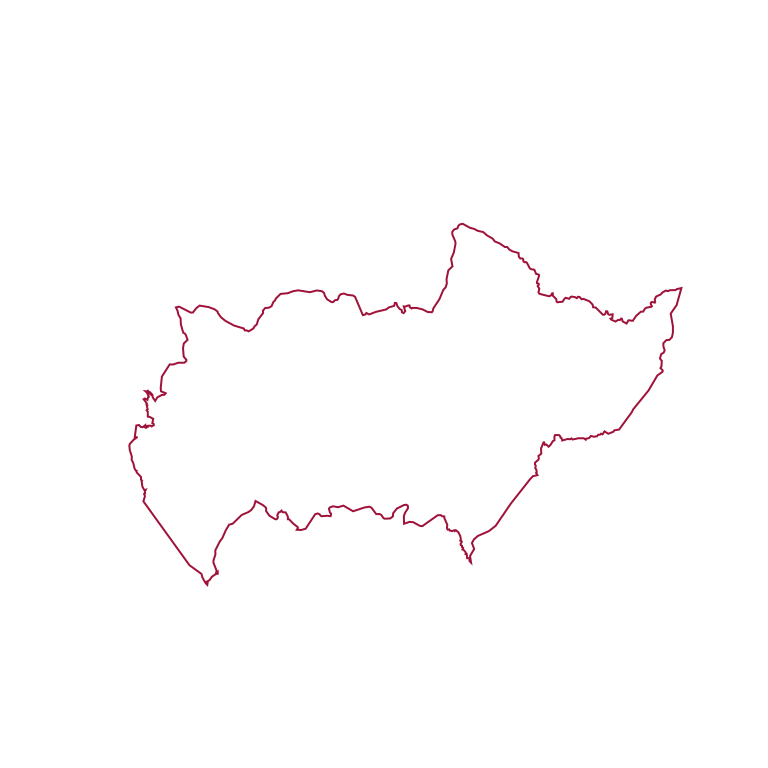 outline of Lubero, Nord-Kivu, Democratic Republic of the Congo, rotated 131°
{"feature_id": "63176286B45916106821058", "entity_name": "Lubero", "entity_type": "district", "adm_level": 2, "iso_a3": "COD", "parent_name": "Democratic Republic of the Congo", "parent_adm1": "Nord-Kivu", "projection": "orthographic", "projection_center": [28.988, -0.062], "detail": "fine", "context": "isolated", "style": "outline", "palette": "rose", "viewbox_px": 768, "rotation_deg": 131, "n_neighbors": 0, "source": "geoboundaries", "source_scale": "gbopen_adm2", "svg_char_len": 6154}
<svg xmlns="http://www.w3.org/2000/svg" viewBox="0 0 768 768"><g transform="rotate(131 384 384)"><path d="M211.5,429.8L213.8,431.4L215.7,431.7L218.3,430.7L221.5,432.5L224.3,432.3L226.3,430.6L229.7,423.6L231.3,422.0L239.1,417.5L245.6,415.4L250.3,409.5L256.0,410.0L263.7,405.7L267.1,402.4L270.6,400.9L274.0,401.0L283.7,397.8L294.5,396.4L297.2,395.0L298.5,395.0L301.0,398.3L302.4,403.9L305.2,409.3L308.0,412.5L308.8,412.7L309.2,414.9L308.0,416.2L308.7,417.2L311.3,418.5L312.5,420.0L315.0,415.8L317.6,415.7L318.1,417.4L316.6,419.1L317.1,421.4L316.5,424.8L314.8,427.8L315.7,429.0L318.3,427.6L323.1,430.6L326.2,431.2L335.0,437.5L341.2,440.8L342.0,443.9L343.7,443.7L345.9,445.1L337.2,463.0L337.5,465.4L340.8,470.2L342.0,473.6L344.8,475.6L347.4,475.6L349.8,474.4L351.1,474.4L352.8,475.9L355.7,476.2L356.6,477.4L357.4,482.4L356.3,486.3L354.6,489.1L354.7,491.7L357.4,496.0L363.4,500.2L369.5,510.1L373.6,513.5L378.5,516.1L383.9,521.2L390.5,521.7L392.1,521.1L394.8,521.3L399.1,519.9L402.0,521.0L404.6,523.5L408.1,523.5L409.8,521.8L417.6,521.3L422.6,519.1L425.4,519.5L428.0,519.0L433.1,520.7L433.6,522.7L434.9,524.3L434.1,526.3L438.2,535.3L440.4,545.0L440.6,550.8L439.4,555.9L438.5,557.3L438.8,561.0L441.0,566.8L445.8,574.6L449.8,575.4L455.3,575.1L456.9,576.7L460.0,589.3L462.7,591.3L464.1,588.0L466.7,584.4L467.9,580.6L472.2,576.5L477.0,569.2L476.6,567.2L477.1,565.5L479.6,561.2L484.7,561.7L488.7,559.3L494.7,553.2L495.4,549.0L496.5,548.2L499.0,548.7L502.9,553.2L507.6,555.9L509.8,558.6L524.1,556.5L533.5,549.9L535.8,547.5L534.2,542.7L536.2,542.7L538.1,544.5L542.7,546.3L546.9,545.6L545.9,549.5L544.1,551.7L543.7,555.3L544.0,555.8L545.0,553.9L545.1,555.7L545.9,555.9L545.3,556.9L544.3,556.2L543.9,557.7L545.0,558.0L546.0,559.3L546.0,557.4L547.9,553.1L548.8,553.4L551.2,552.1L551.8,554.9L553.2,555.4L554.2,550.3L555.1,550.1L555.3,548.7L556.0,548.8L558.2,545.7L559.5,546.0L559.9,544.1L563.6,540.8L562.6,539.4L561.7,535.3L565.5,533.2L565.1,531.9L566.1,530.7L568.5,531.6L568.5,532.8L571.2,535.5L571.6,535.6L571.6,534.3L573.3,534.9L573.5,536.3L572.1,537.2L574.8,537.7L576.0,539.5L575.7,542.0L577.8,543.7L588.3,536.8L585.6,535.3L590.6,536.4L595.9,536.5L597.3,536.0L600.7,532.5L604.2,526.7L606.7,524.8L608.3,521.1L611.5,516.7L612.0,515.1L611.8,512.7L612.2,514.1L613.0,512.4L613.6,506.4L615.6,504.7L615.7,503.2L616.4,503.1L620.0,499.0L621.4,494.9L620.3,494.4L622.3,493.8L623.4,492.5L624.3,492.9L625.5,490.8L630.4,488.6L648.4,411.9L647.1,397.1L649.2,394.0L651.3,388.0L651.5,385.6L648.8,387.3L650.1,388.3L646.6,387.0L642.4,387.4L640.2,386.9L637.2,386.0L636.3,385.0L634.8,386.4L637.1,386.7L634.8,387.7L630.7,395.6L628.7,397.1L623.4,399.3L620.2,402.2L610.6,404.6L606.5,404.9L597.9,407.5L591.8,408.6L588.6,406.5L576.2,405.5L569.8,402.4L566.3,401.5L561.6,401.9L556.6,404.2L554.9,396.3L554.7,392.4L555.3,391.2L557.2,389.7L558.6,384.1L557.4,377.3L556.4,376.3L555.1,376.3L553.9,376.9L553.3,378.3L550.0,379.3L548.9,378.5L546.8,378.3L547.3,376.5L545.4,373.9L547.2,369.5L549.1,367.8L548.4,367.0L548.9,360.9L548.6,355.2L549.2,354.5L551.2,354.2L548.5,350.7L544.6,348.2L527.4,350.5L525.2,349.1L524.6,347.2L525.0,345.3L524.6,344.2L520.8,340.5L518.8,337.6L516.7,338.7L516.3,340.7L514.2,343.8L512.4,343.8L509.7,342.2L507.2,337.9L502.4,334.8L500.3,323.8L490.1,317.8L486.1,314.4L485.6,312.2L487.3,304.5L485.0,302.0L484.6,300.0L485.6,296.4L485.2,295.1L481.4,291.1L478.1,290.4L475.6,292.3L469.6,292.6L462.2,289.5L460.5,288.0L460.2,286.3L461.9,284.4L467.0,283.7L470.6,282.4L476.3,277.2L471.2,274.2L469.1,271.2L467.5,263.7L466.1,261.8L447.8,257.4L445.7,255.0L445.7,253.5L444.4,251.6L445.6,250.5L448.7,243.9L451.3,242.1L452.2,240.5L451.0,239.4L451.5,238.4L450.5,236.2L448.4,235.1L448.6,234.1L447.2,233.9L447.1,230.5L448.9,226.4L450.9,224.0L452.2,223.6L451.7,222.5L452.1,221.7L454.6,221.2L455.2,220.4L454.9,219.0L455.9,218.2L455.7,216.8L457.4,216.2L457.0,214.5L457.5,211.8L458.8,210.9L458.0,210.1L460.9,207.0L459.4,205.1L461.5,203.3L461.7,201.1L457.4,206.2L449.4,207.7L446.3,213.3L442.4,214.2L437.1,213.5L426.2,208.3L417.7,206.7L391.1,209.8L360.2,211.3L355.9,211.1L352.1,208.4L351.3,210.9L350.3,210.9L348.6,213.1L348.3,214.6L346.2,215.8L345.5,217.5L344.3,218.4L339.9,217.8L338.6,218.3L337.0,220.2L333.4,219.6L329.6,223.2L323.4,225.3L323.0,224.8L324.4,222.8L323.2,221.8L323.3,218.6L320.3,218.4L316.3,219.1L314.7,218.4L311.7,221.0L310.3,221.4L307.7,218.4L307.9,216.5L308.7,215.5L308.4,214.4L309.7,212.4L305.1,209.4L303.5,207.2L302.1,206.8L302.1,205.2L297.2,201.5L293.9,197.6L293.7,195.2L292.7,195.6L290.4,193.8L287.4,193.7L286.1,191.0L283.8,189.0L281.8,189.0L280.5,187.7L279.1,187.6L278.6,186.0L275.1,186.5L274.4,182.1L269.6,179.6L267.9,179.8L264.1,176.7L242.7,178.5L239.8,179.3L215.4,180.1L198.2,183.3L192.1,181.8L190.9,182.5L190.6,185.8L188.8,186.1L184.3,189.5L183.7,192.5L179.5,194.4L176.9,193.5L174.4,194.3L172.6,197.4L170.1,199.9L165.6,199.7L163.5,197.6L159.8,197.4L155.9,199.5L150.9,203.8L142.8,213.8L132.5,214.9L116.5,222.5L120.2,225.2L122.0,225.7L125.6,229.7L127.6,230.6L128.6,232.6L132.2,233.9L134.8,233.9L139.5,236.0L142.5,235.2L144.2,233.1L145.0,233.0L146.1,235.5L147.6,236.0L148.8,234.9L149.5,232.9L150.4,232.9L154.2,236.0L155.9,236.5L159.3,235.9L161.0,237.6L167.3,238.4L173.1,237.7L175.5,241.3L179.2,240.6L180.2,244.9L178.7,247.3L179.0,248.0L180.9,247.9L182.0,249.3L185.0,250.3L186.3,254.5L186.1,255.9L184.3,255.0L181.4,257.2L184.0,259.4L184.2,260.6L182.7,263.1L183.4,264.1L185.7,263.0L187.3,263.3L188.1,264.3L187.4,274.4L188.9,276.5L187.2,278.6L186.8,283.2L188.9,289.3L190.4,290.5L190.0,293.5L190.9,294.8L192.7,294.7L193.1,296.7L194.7,299.5L195.7,300.2L198.3,300.2L199.7,303.4L201.4,303.7L204.7,303.2L208.6,306.8L208.4,308.1L206.9,309.7L206.6,314.5L204.8,316.1L205.2,316.6L207.7,316.1L209.5,317.0L214.0,325.9L213.5,327.5L210.1,329.4L209.3,332.2L207.5,332.3L206.8,333.1L207.6,334.5L206.9,335.4L200.4,338.0L199.9,339.0L201.1,341.5L199.1,345.5L200.8,348.2L201.0,349.9L198.8,355.6L198.8,356.7L200.0,357.9L199.9,359.3L198.4,360.9L198.5,361.9L199.9,363.6L199.4,365.8L196.9,368.4L199.6,374.1L200.3,377.7L199.8,380.9L201.3,382.6L202.0,388.9L203.7,393.9L203.0,397.3L204.2,403.5L204.3,409.0L206.8,413.5L207.8,417.8L209.6,421.3L211.5,429.8Z" fill="none" stroke="#9f1239" stroke-width="2"/></g></svg>